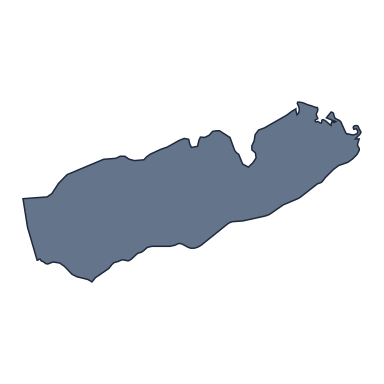 an SVG outline of Mtwara
{"feature_id": "TZA-3388", "entity_name": "Mtwara", "entity_type": "Region", "adm_level": 1, "iso_a3": "TZA", "parent_name": "United Republic of Tanzania", "parent_adm1": "", "projection": "orthographic", "projection_center": [39.572, -10.772], "detail": "fine", "context": "isolated", "style": "filled", "palette": "slate", "viewbox_px": 384, "rotation_deg": 0, "n_neighbors": 0, "source": "natural_earth", "source_scale": "10m", "svg_char_len": 2528}
<svg xmlns="http://www.w3.org/2000/svg" viewBox="0 0 384 384"><path d="M359.2,150.4L357.0,154.5L352.6,158.9L347.7,162.4L338.7,165.5L333.5,169.4L325.4,177.5L322.8,180.9L321.2,182.5L317.3,183.9L300.1,197.4L297.5,198.8L283.3,204.8L269.5,214.4L266.0,215.8L243.0,220.9L232.4,221.7L230.0,222.5L227.9,223.7L200.9,245.4L197.7,247.2L194.3,248.2L190.6,248.2L187.7,247.1L182.1,244.0L178.9,243.4L174.7,245.3L169.9,246.3L152.0,246.3L147.3,247.4L143.7,250.6L141.3,252.3L138.4,253.0L136.6,254.2L131.1,259.4L128.6,260.8L127.1,260.7L124.1,260.0L122.5,259.9L121.0,260.2L118.2,261.5L114.1,262.6L111.9,264.5L108.9,268.4L95.4,277.7L92.0,281.9L91.9,281.9L87.9,279.5L77.0,276.8L72.1,274.4L64.5,266.4L59.6,263.0L53.2,262.0L51.9,262.4L48.8,263.7L47.3,264.0L45.6,263.5L42.9,261.5L41.6,261.1L41.1,260.8L40.4,259.5L40.2,259.2L39.3,259.2L38.6,259.6L38.2,260.0L37.1,260.2L27.5,227.2L23.0,198.7L47.1,196.9L51.9,193.6L58.6,183.3L67.1,174.6L103.6,159.3L115.9,158.3L120.3,156.2L125.0,156.3L128.9,159.1L134.3,160.6L143.9,159.8L146.4,157.0L150.2,154.2L160.8,149.3L167.2,147.1L178.6,140.7L184.2,138.4L188.7,139.3L189.7,143.7L191.4,147.5L197.5,146.3L198.9,140.4L200.4,137.1L204.8,137.4L209.1,135.3L212.6,131.4L216.1,130.8L219.4,130.7L230.0,137.5L234.6,150.3L236.5,152.8L238.7,154.3L242.7,164.1L248.4,167.1L252.9,162.8L256.1,157.9L255.4,152.9L251.9,149.9L251.8,146.1L254.2,140.7L255.1,134.7L258.6,130.0L264.4,127.9L286.6,115.2L291.4,111.6L295.9,108.8L295.9,110.6L297.0,114.8L298.5,113.1L299.2,110.8L299.2,108.4L298.5,106.2L297.3,103.4L297.6,102.2L299.2,102.1L301.8,102.5L303.8,103.1L308.1,104.9L310.8,105.6L316.3,107.6L317.0,107.4L317.4,107.6L317.8,109.2L317.6,111.0L316.7,112.8L316.2,114.9L317.3,117.2L317.8,118.5L316.7,119.3L315.4,119.8L315.0,120.7L315.7,121.8L316.4,121.9L317.2,121.6L317.8,121.5L320.1,122.9L321.2,123.1L321.7,122.0L321.8,120.6L322.2,119.8L323.0,119.6L324.5,120.2L326.2,121.4L329.4,124.2L331.1,125.4L331.0,124.2L331.3,123.3L331.6,122.5L332.0,121.5L333.1,122.3L333.9,122.5L334.7,122.2L335.8,121.5L333.5,120.8L326.4,117.8L331.1,112.0L332.9,112.6L333.7,114.1L334.1,116.1L334.8,117.8L336.0,118.8L339.1,120.3L340.6,121.5L341.3,122.8L345.7,132.8L347.1,134.1L347.5,133.8L352.1,134.8L352.8,135.0L357.2,133.8L357.8,131.0L356.2,128.8L353.8,129.3L353.2,127.6L353.6,126.4L354.9,125.7L356.6,125.5L357.9,126.0L358.5,127.1L359.0,128.6L359.8,129.8L361.0,132.3L359.7,134.6L357.4,136.7L355.6,138.9L356.5,138.8L358.3,139.0L359.2,138.9L357.7,143.6L357.5,145.2L357.9,146.2L358.6,147.3L359.3,148.6L359.2,150.4Z" fill="#64748b" stroke="#1e293b" stroke-width="1.5"/></svg>